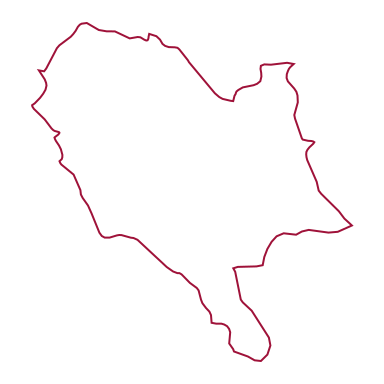 an SVG outline of Gjirokastër
{"feature_id": "ALB-1525", "entity_name": "Gjirokastër", "entity_type": "County", "adm_level": 1, "iso_a3": "ALB", "parent_name": "Albania", "parent_adm1": "", "projection": "robinson", "projection_center": [20.177, 40.156], "detail": "fine", "context": "isolated", "style": "outline", "palette": "rose", "viewbox_px": 384, "rotation_deg": 0, "n_neighbors": 0, "source": "natural_earth", "source_scale": "10m", "svg_char_len": 2225}
<svg xmlns="http://www.w3.org/2000/svg" viewBox="0 0 384 384"><path d="M351.9,225.5L337.8,231.8L328.5,232.6L308.7,229.9L301.9,231.5L296.1,234.7L283.7,233.3L276.6,236.3L271.6,241.8L267.4,248.9L264.3,257.0L262.7,265.2L256.5,266.4L237.8,266.9L233.3,268.3L235.2,271.8L240.8,299.6L242.8,302.4L251.7,310.7L268.9,337.6L270.4,345.5L267.4,354.6L260.9,361.0L254.6,360.3L247.9,356.5L234.0,351.5L233.9,351.3L233.2,349.2L229.2,343.5L230.2,332.3L229.1,328.9L227.1,326.2L224.2,324.5L221.5,323.7L216.4,323.7L211.6,322.8L211.0,315.1L209.4,311.6L206.0,308.0L202.4,303.2L201.0,299.6L198.6,290.4L196.8,288.0L189.9,282.9L181.6,274.4L179.4,273.1L177.3,273.1L173.1,271.5L166.7,267.0L137.5,239.8L133.5,238.0L130.9,237.7L121.5,235.1L119.2,235.0L116.9,235.4L109.6,237.6L104.7,237.6L101.8,236.0L99.4,232.7L91.6,213.5L88.0,205.5L82.7,198.0L80.9,194.5L80.4,190.1L73.6,174.6L61.3,164.5L60.3,163.1L59.5,161.2L61.7,159.2L62.3,157.4L62.4,154.9L60.9,149.3L59.0,145.5L55.9,140.9L54.9,138.9L54.5,137.5L55.2,136.9L58.2,134.6L59.3,133.2L59.4,132.6L58.9,132.1L54.5,130.9L53.0,129.9L51.4,128.3L44.7,119.4L33.9,108.9L32.4,106.6L32.1,105.2L34.8,103.3L40.1,97.8L43.2,93.7L45.5,89.7L46.5,85.6L46.1,82.9L44.7,79.3L38.9,70.4L44.1,71.3L44.9,70.3L46.3,68.4L56.9,48.2L59.4,45.3L70.7,36.8L73.2,34.1L75.6,30.9L77.9,26.8L79.8,24.7L81.6,23.7L86.8,23.0L98.8,30.0L106.5,31.3L114.9,31.4L129.7,38.4L137.7,37.0L140.4,37.3L144.3,39.7L146.2,40.5L147.5,40.3L148.1,39.4L148.5,37.9L148.6,36.6L149.2,33.9L156.4,36.2L160.0,39.6L162.5,43.9L165.1,45.9L168.8,47.1L174.7,47.3L177.5,47.8L179.3,49.4L188.0,60.4L188.9,62.1L214.9,93.3L219.2,97.0L222.6,98.9L230.7,100.8L233.2,101.1L234.5,95.8L235.7,93.8L235.9,92.8L236.5,91.5L238.3,90.0L242.8,87.4L253.6,85.2L257.1,83.8L260.3,81.2L261.4,76.6L261.2,72.9L260.5,68.9L260.9,65.8L264.3,64.4L270.9,64.7L287.1,62.8L293.7,64.0L290.2,67.2L288.9,68.9L287.9,71.1L286.8,74.2L286.6,78.0L287.9,81.4L294.2,88.5L296.4,91.8L297.5,95.5L297.8,102.4L294.3,115.0L295.0,118.5L301.9,138.5L302.8,139.6L308.1,140.8L311.4,141.0L313.3,141.5L314.3,142.2L313.3,143.7L309.4,147.3L307.5,149.7L306.4,151.9L306.2,154.4L306.5,157.2L307.2,160.0L316.7,181.8L318.7,190.6L321.2,193.8L338.9,211.3L344.4,218.6L351.7,225.3L351.9,225.5Z" fill="none" stroke="#9f1239" stroke-width="2"/></svg>